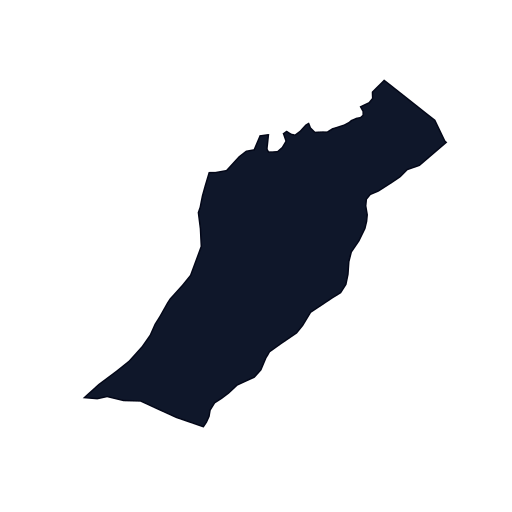 the district of Kogi, Kogi, Nigeria, rotated 39°
{"feature_id": "59680162B62255786160615", "entity_name": "Kogi", "entity_type": "district", "adm_level": 2, "iso_a3": "NGA", "parent_name": "Nigeria", "parent_adm1": "Kogi", "projection": "natural_earth1", "projection_center": [6.814, 8.13], "detail": "fine", "context": "isolated", "style": "filled", "palette": "ink", "viewbox_px": 512, "rotation_deg": 39, "n_neighbors": 0, "source": "geoboundaries", "source_scale": "gbopen_adm2", "svg_char_len": 2965}
<svg xmlns="http://www.w3.org/2000/svg" viewBox="0 0 512 512"><g transform="rotate(39 256 256)"><path d="M322.5,421.8L322.0,416.3L320.4,410.2L317.3,404.7L316.2,396.2L318.8,388.3L320.9,379.8L322.5,368.2L325.3,362.5L330.9,351.2L331.4,341.4L327.7,328.7L327.4,325.9L326.7,322.0L330.4,308.6L335.9,290.3L335.9,280.6L333.8,265.4L341.6,240.4L344.8,231.3L343.7,221.5L339.0,212.4L331.7,202.0L327.5,192.9L326.4,179.5L323.3,166.1L320.1,159.4L316.5,154.0L309.6,147.9L309.2,147.2L306.0,142.4L306.0,136.3L310.2,128.4L315.4,112.6L318.0,104.0L318.2,102.6L319.1,93.7L325.9,82.7L332.3,48.0L330.4,47.9L313.3,39.8L309.5,38.0L298.3,38.2L279.0,38.4L248.8,38.8L248.3,38.8L245.1,38.9L245.1,39.1L244.8,42.2L244.0,49.3L243.4,55.1L243.4,55.3L243.5,55.5L245.2,57.5L247.4,60.0L247.5,60.2L247.5,60.5L247.5,65.4L247.5,65.7L247.4,65.9L246.0,68.8L243.5,74.0L243.4,74.2L243.6,74.3L246.1,75.3L246.8,75.6L247.7,75.9L247.8,75.9L247.9,76.0L248.1,76.0L250.5,78.9L250.7,79.1L250.7,79.3L250.2,82.5L250.0,82.9L248.7,84.4L247.7,85.6L247.5,85.8L247.4,86.0L246.5,87.8L245.1,90.4L244.9,90.7L244.9,90.9L244.9,91.0L244.7,91.8L244.7,92.2L244.4,93.4L244.4,93.7L244.3,93.9L244.2,94.1L243.9,94.8L243.6,95.5L242.9,97.2L242.5,98.2L242.4,98.3L242.3,98.6L242.2,98.8L239.4,103.1L237.8,105.6L237.6,105.9L237.4,106.1L236.9,106.9L236.3,107.8L235.7,108.6L235.5,108.9L235.4,109.2L235.3,109.3L235.0,110.4L234.6,111.4L233.9,113.5L233.8,114.0L233.6,114.5L233.5,114.8L233.4,115.0L233.2,115.1L231.5,116.5L230.6,117.1L230.3,117.4L230.0,117.6L226.2,120.9L224.1,122.8L223.7,122.9L217.9,122.3L217.7,122.3L217.5,122.2L216.0,121.3L213.7,120.0L213.5,119.9L213.4,120.1L212.5,122.7L212.4,122.9L212.4,123.2L212.1,127.9L212.0,130.4L211.9,131.2L211.9,131.4L211.8,131.7L210.4,137.3L210.3,137.5L210.1,137.6L209.3,138.1L208.9,138.2L208.9,138.3L208.7,138.3L208.0,138.7L207.6,138.9L207.1,139.1L206.9,139.2L206.7,139.3L204.6,139.6L202.8,139.8L202.4,139.8L201.9,139.9L201.7,139.9L201.4,140.0L200.5,143.4L200.4,143.6L200.6,143.7L204.4,146.1L207.0,147.7L207.2,147.9L207.2,148.1L208.2,154.9L208.2,155.2L208.2,155.4L207.6,158.7L207.4,160.0L207.3,160.7L207.3,160.9L207.2,161.0L207.2,161.3L204.2,164.1L204.1,164.3L203.8,164.5L203.7,164.6L201.5,166.4L201.2,166.7L200.8,167.0L200.7,167.1L200.4,167.4L200.2,167.3L197.4,166.2L197.2,166.1L197.1,165.9L196.6,165.1L196.2,164.6L194.7,162.2L189.5,154.2L189.4,154.0L189.2,154.1L183.8,159.9L183.6,160.0L187.8,174.7L186.2,176.5L182.6,180.7L182.5,181.0L180.5,189.6L180.5,189.9L180.5,190.1L180.2,194.8L179.4,207.9L179.4,208.1L179.3,208.3L172.2,216.5L171.9,216.8L167.4,220.5L167.2,220.7L172.3,233.1L176.5,242.8L179.0,247.6L182.0,253.2L183.9,258.5L195.7,269.8L207.5,283.0L211.3,294.2L217.4,312.2L217.4,315.9L217.4,325.0L216.4,343.3L216.9,348.1L219.5,363.4L220.6,372.5L223.7,384.0L224.7,398.0L223.7,417.5L220.3,433.1L214.8,454.7L212.6,468.7L211.8,474.0L222.4,466.8L222.5,466.7L228.7,458.9L244.1,451.6L254.5,443.6L257.5,441.3L276.9,436.4L295.8,431.5L322.5,421.8Z" fill="#0f172a" stroke="#020617" stroke-width="1.5"/></g></svg>